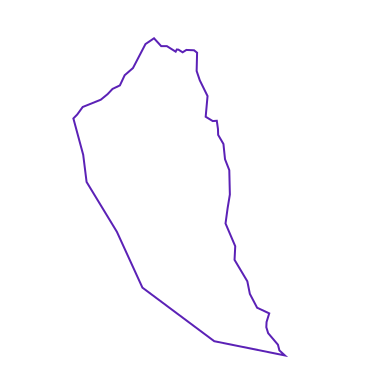 San Mateo Cajonos, Oaxaca, Mexico (Equal Earth projection), rotated 16°
{"feature_id": "50627088B20375223993214", "entity_name": "San Mateo Cajonos", "entity_type": "district", "adm_level": 2, "iso_a3": "MEX", "parent_name": "Mexico", "parent_adm1": "Oaxaca", "projection": "equal_earth", "projection_center": [-96.196, 17.154], "detail": "fine", "context": "isolated", "style": "outline", "palette": "violet", "viewbox_px": 384, "rotation_deg": 16, "n_neighbors": 0, "source": "geoboundaries", "source_scale": "gbopen_adm2", "svg_char_len": 796}
<svg xmlns="http://www.w3.org/2000/svg" viewBox="0 0 384 384"><g transform="rotate(16 192 192)"><path d="M57.7,154.0L77.2,186.3L77.4,186.8L87.9,211.4L130.8,251.0L170.7,297.6L254.5,329.3L326.3,323.5L319.7,320.2L316.7,315.1L304.1,306.7L300.7,301.5L299.5,296.4L299.7,287.4L286.5,285.3L275.7,274.0L269.8,262.6L251.6,245.5L248.5,232.2L232.9,213.0L230.7,197.8L229.1,184.0L222.0,161.3L221.8,160.7L214.7,151.4L209.0,137.2L201.4,129.9L199.6,124.3L196.2,116.7L192.4,118.1L184.4,115.9L180.5,95.5L168.7,82.5L163.1,74.4L158.5,56.7L154.9,55.2L147.4,57.0L144.5,60.3L139.7,58.9L138.1,59.2L137.6,61.6L127.6,58.7L122.2,60.3L113.1,54.7L110.8,57.5L106.5,62.6L101.1,89.1L95.1,98.3L93.3,109.4L87.2,114.8L83.9,121.2L78.9,128.4L63.5,140.4L60.3,149.2L57.7,154.0Z" fill="none" stroke="#5b21b6" stroke-width="2"/></g></svg>